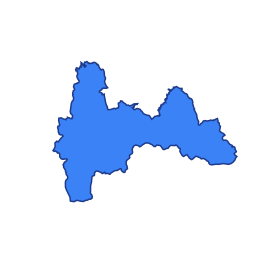 Dungu, Orientale, Democratic Republic of the Congo, rotated 152°
{"feature_id": "63176286B6974395638231", "entity_name": "Dungu", "entity_type": "district", "adm_level": 2, "iso_a3": "COD", "parent_name": "Democratic Republic of the Congo", "parent_adm1": "Orientale", "projection": "robinson", "projection_center": [28.274, 4.004], "detail": "fine", "context": "isolated", "style": "filled", "palette": "blue", "viewbox_px": 256, "rotation_deg": 152, "n_neighbors": 0, "source": "geoboundaries", "source_scale": "gbopen_adm2", "svg_char_len": 5819}
<svg xmlns="http://www.w3.org/2000/svg" viewBox="0 0 256 256"><g transform="rotate(152 128 128)"><path d="M61.8,137.7L63.8,138.6L65.8,141.9L66.8,141.8L67.3,142.2L68.4,141.7L68.8,142.5L69.4,141.5L70.7,141.2L70.9,141.4L71.2,140.9L72.2,140.7L72.5,141.7L72.9,141.8L73.4,142.8L73.8,143.2L74.2,143.2L73.8,141.6L73.3,141.2L73.8,140.8L73.8,140.3L75.4,140.0L75.9,138.8L76.4,139.1L77.0,138.8L77.4,139.1L77.6,138.7L77.9,139.2L78.5,138.4L78.2,137.7L79.3,136.9L79.7,136.2L79.7,135.7L80.4,135.9L80.8,135.3L81.2,136.2L82.0,135.8L82.0,135.2L82.3,135.0L82.1,134.5L82.6,133.5L82.7,132.9L83.1,133.4L84.8,133.2L85.1,132.8L85.3,133.1L86.0,132.5L86.9,132.9L87.3,132.4L88.0,132.2L88.2,132.6L88.9,131.9L89.0,131.0L90.8,131.3L91.0,131.1L90.4,130.5L90.6,130.0L90.8,130.3L91.2,130.1L91.8,130.3L92.3,129.6L93.0,129.8L93.1,129.5L92.5,129.3L92.4,128.7L93.0,128.1L93.1,126.6L94.0,125.3L93.5,124.7L93.6,124.4L94.0,124.5L94.7,123.8L95.6,124.6L95.9,124.5L96.3,125.0L98.6,125.4L99.2,125.7L100.0,125.2L103.0,124.6L103.2,128.3L103.5,129.1L105.9,131.1L107.6,133.4L107.9,136.3L108.6,137.4L108.4,138.6L110.5,140.8L111.5,141.1L113.6,141.0L114.3,142.0L114.4,142.7L113.9,143.3L114.1,143.5L113.4,143.3L113.5,144.0L112.5,144.0L112.3,144.6L112.0,144.5L111.2,145.1L109.8,145.1L109.0,144.5L108.1,145.0L111.5,146.5L114.1,146.3L116.3,146.9L116.9,148.0L118.6,148.9L118.8,150.2L120.4,153.2L120.4,154.3L121.8,155.4L123.0,154.3L124.8,154.5L125.4,153.4L126.0,151.4L126.7,151.0L126.9,150.4L129.2,150.9L130.0,150.6L131.0,151.9L134.7,152.5L136.0,153.0L137.2,153.9L136.2,156.9L136.4,158.0L135.9,160.7L133.7,167.8L133.1,169.0L134.5,169.1L135.1,169.6L134.4,170.5L135.2,171.9L136.4,173.1L135.8,174.0L133.5,174.1L132.5,174.8L131.8,174.6L131.5,175.0L128.4,173.2L127.0,173.1L127.1,174.1L127.7,174.7L127.4,175.9L127.3,178.5L126.7,180.4L124.9,181.9L124.3,183.0L124.4,184.8L122.7,188.7L122.4,191.2L123.2,192.0L124.6,191.9L125.0,195.2L124.6,197.2L124.8,198.2L125.3,198.0L125.7,198.7L125.5,199.2L125.6,200.0L126.6,201.6L128.1,202.2L128.5,202.2L128.9,201.7L129.3,202.2L131.5,202.7L131.4,203.3L132.6,203.7L132.4,204.1L133.1,206.0L134.8,206.0L135.4,206.5L135.9,205.9L136.9,205.3L136.6,203.8L135.9,202.6L137.6,202.0L137.8,204.1L138.6,205.0L138.3,205.5L138.2,207.0L138.6,207.8L138.8,207.1L139.3,206.9L139.9,205.3L141.0,205.0L140.6,203.9L141.2,203.9L142.0,204.2L142.6,204.1L143.2,203.0L143.7,203.0L144.0,203.7L144.6,203.9L144.8,204.4L144.7,205.0L145.1,205.3L145.3,205.3L145.5,204.4L146.6,204.4L147.0,203.8L147.0,202.6L146.2,202.5L145.9,202.0L146.3,201.0L146.7,200.7L147.1,199.0L148.5,198.3L149.2,196.7L149.3,193.9L149.0,192.8L149.7,191.5L150.2,191.3L151.7,191.5L151.9,191.2L152.6,191.6L155.0,191.8L156.8,189.9L157.0,187.1L157.5,186.7L158.9,186.5L160.6,184.5L160.8,183.4L161.2,183.4L161.6,182.3L161.8,180.4L162.5,179.1L163.3,178.3L165.3,177.4L166.7,176.0L171.3,169.6L171.4,168.7L171.8,168.2L171.1,165.0L172.1,163.4L172.6,163.4L173.2,162.5L174.5,163.5L175.2,164.8L176.0,165.1L176.4,165.8L176.7,165.2L178.4,165.1L179.1,164.5L179.6,165.4L180.5,165.9L182.4,168.5L184.0,168.8L184.4,169.1L185.7,167.2L187.0,162.5L187.8,162.1L188.7,162.5L189.2,162.3L189.9,161.5L190.5,158.9L191.4,157.1L191.3,156.0L191.7,155.5L191.6,154.5L190.9,154.1L190.6,153.4L189.5,152.9L189.1,151.9L189.2,151.3L191.6,150.6L196.2,148.5L197.0,149.8L199.5,149.1L201.0,145.8L203.7,143.8L204.8,143.3L204.2,142.0L202.9,141.8L202.2,140.2L201.8,140.0L202.0,139.0L201.3,138.8L200.4,137.6L201.8,134.4L201.5,132.3L200.8,131.4L199.6,130.7L196.8,129.7L196.5,128.7L198.8,127.6L199.7,127.5L200.1,127.7L201.1,127.0L201.7,126.3L202.5,126.1L202.8,124.4L203.3,123.3L203.0,120.1L203.7,118.7L203.4,117.6L203.9,117.3L204.4,115.9L204.0,114.2L204.4,112.7L205.5,111.5L207.5,110.9L208.7,109.6L211.0,105.1L211.4,102.5L211.7,94.1L213.2,90.5L210.2,88.3L206.9,88.1L204.5,85.9L202.0,84.1L198.7,83.9L198.0,83.4L195.4,83.3L194.4,82.7L192.9,82.8L191.8,84.0L191.4,85.9L191.8,87.9L188.1,94.6L185.5,97.6L183.1,101.3L182.1,102.2L180.0,101.9L179.0,103.2L178.8,104.1L176.5,104.9L175.6,104.6L174.5,103.6L172.8,101.6L172.1,99.9L171.3,99.7L169.5,100.0L169.2,99.7L169.5,98.4L169.1,98.1L168.0,97.9L167.2,97.4L166.0,95.8L165.6,95.7L164.0,96.3L160.3,96.5L159.3,96.4L157.2,95.5L154.0,95.8L153.3,95.2L153.4,94.6L153.8,94.1L153.5,92.4L152.6,90.7L151.5,90.4L149.9,92.0L148.0,92.2L147.5,92.5L146.7,95.1L146.6,97.0L145.2,99.3L144.1,100.1L140.8,100.7L140.2,101.2L140.0,102.4L139.5,103.2L136.1,103.6L135.4,104.3L134.4,106.9L133.6,108.1L132.7,108.4L132.0,109.2L129.7,109.5L128.0,108.4L127.0,107.3L126.5,105.9L125.2,105.8L124.0,106.2L120.4,106.5L119.4,106.4L117.2,105.3L114.6,102.0L113.7,99.5L112.6,98.8L110.5,99.4L107.7,97.3L107.4,96.1L107.1,92.8L106.3,92.0L104.8,91.8L104.3,92.1L102.2,91.3L99.9,92.4L98.2,92.5L94.8,90.4L94.1,90.6L93.6,90.4L93.0,89.4L92.5,86.3L91.6,85.4L93.2,82.8L93.1,78.2L92.3,76.8L88.6,76.9L87.9,73.7L88.1,73.1L87.0,70.5L86.6,70.2L85.2,70.3L81.5,71.2L80.1,70.3L79.9,69.6L78.4,68.0L77.8,66.3L75.7,65.7L74.1,63.3L74.0,62.3L72.7,60.6L73.1,58.8L72.9,57.7L72.2,56.8L71.2,56.1L66.9,54.6L65.6,53.6L60.5,51.8L56.2,48.7L53.5,48.2L50.9,48.6L48.7,49.5L47.1,50.9L45.2,51.8L46.3,53.9L46.2,55.6L43.7,56.1L43.3,56.5L43.5,59.0L43.0,59.7L42.8,61.2L43.9,62.1L45.0,62.3L44.9,62.7L44.1,63.5L45.9,66.1L46.3,69.6L46.9,70.9L47.8,71.7L49.3,72.2L49.7,72.7L49.7,74.0L49.0,75.4L47.6,76.1L46.0,76.0L45.7,76.2L46.3,78.4L47.3,79.5L48.6,82.3L45.6,86.1L45.9,86.8L45.9,88.2L45.1,89.5L45.8,91.0L45.2,91.9L44.6,94.4L46.3,94.6L48.0,94.4L48.8,95.0L49.3,94.6L51.5,96.3L52.2,96.2L54.7,97.0L55.5,97.3L56.0,98.1L58.0,98.8L58.3,98.8L59.7,97.8L61.9,97.6L62.9,97.0L63.4,97.0L64.2,97.6L64.2,98.1L62.6,100.5L62.5,103.9L61.1,107.6L61.0,113.3L60.3,113.5L60.4,114.8L59.5,119.3L58.7,120.2L58.1,123.0L58.7,124.6L59.9,125.1L60.0,125.8L59.8,126.3L60.4,127.5L60.0,129.1L60.2,130.4L60.6,131.1L61.9,132.4L62.1,133.9L62.8,135.0L63.2,136.2L62.1,136.6L61.8,137.7Z" fill="#3b82f6" stroke="#1e3a8a" stroke-width="1.5"/></g></svg>